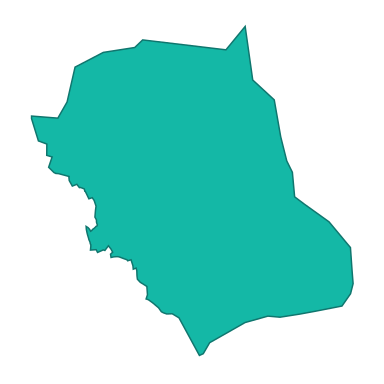 Ilesha East, Osun, Nigeria, rotated 268°
{"feature_id": "59680162B9948554175301", "entity_name": "Ilesha East", "entity_type": "district", "adm_level": 2, "iso_a3": "NGA", "parent_name": "Nigeria", "parent_adm1": "Osun", "projection": "mercator", "projection_center": [4.754, 7.588], "detail": "fine", "context": "isolated", "style": "filled", "palette": "teal", "viewbox_px": 384, "rotation_deg": 268, "n_neighbors": 0, "source": "geoboundaries", "source_scale": "gbopen_adm2", "svg_char_len": 1551}
<svg xmlns="http://www.w3.org/2000/svg" viewBox="0 0 384 384"><g transform="rotate(268 192 192)"><path d="M248.4,40.3L245.0,48.6L233.7,48.1L231.9,53.4L221.7,49.6L216.3,54.7L215.3,56.5L215.0,59.3L211.8,69.7L210.8,69.5L207.7,69.7L202.1,72.6L203.7,77.2L202.0,78.4L200.3,79.6L200.4,80.6L199.8,82.3L198.8,84.5L196.5,84.9L196.3,85.4L192.5,87.1L188.8,88.7L189.8,92.1L187.0,93.9L181.2,95.6L177.1,94.9L170.3,94.1L167.5,95.5L165.1,95.5L163.5,95.9L162.4,96.3L161.4,95.9L161.0,94.9L160.2,94.2L159.6,93.5L158.7,92.4L158.1,91.3L157.1,90.6L156.3,89.3L158.2,88.4L160.0,86.9L161.3,85.0L158.3,85.1L155.3,85.6L152.9,86.1L149.5,87.0L148.0,87.3L146.0,88.1L144.7,88.5L143.8,88.5L143.0,89.0L141.4,89.0L137.5,88.5L137.7,94.2L134.9,95.5L137.2,101.3L136.6,102.9L141.2,106.6L137.7,109.1L134.6,110.6L132.7,108.4L129.4,108.8L129.9,111.5L130.0,113.5L130.0,115.3L129.7,116.9L127.5,122.2L126.6,124.6L125.5,125.3L126.4,128.7L120.3,130.4L116.9,130.6L117.9,133.5L115.3,134.1L110.2,134.1L106.7,134.4L103.6,137.1L99.2,143.6L90.8,143.9L86.7,142.4L85.9,144.6L82.8,148.6L77.5,154.5L73.4,157.2L72.2,159.3L71.0,162.5L71.0,168.0L66.7,174.6L28.4,193.7L30.0,197.6L40.8,204.4L59.7,240.5L65.3,263.5L63.8,275.7L63.9,276.3L66.2,295.3L68.6,311.5L72.8,337.9L84.8,346.9L94.8,349.8L108.5,349.2L131.0,348.4L134.8,345.4L157.4,327.9L175.9,303.9L183.6,294.4L208.2,293.0L219.7,287.8L244.0,282.6L281.2,277.4L301.8,256.6L355.6,250.9L332.9,230.9L345.7,148.0L338.4,139.8L334.6,108.2L320.9,79.5L286.3,70.3L270.5,60.5L273.5,34.3L270.9,34.2L248.4,40.3Z" fill="#14b8a6" stroke="#0f766e" stroke-width="1.5"/></g></svg>